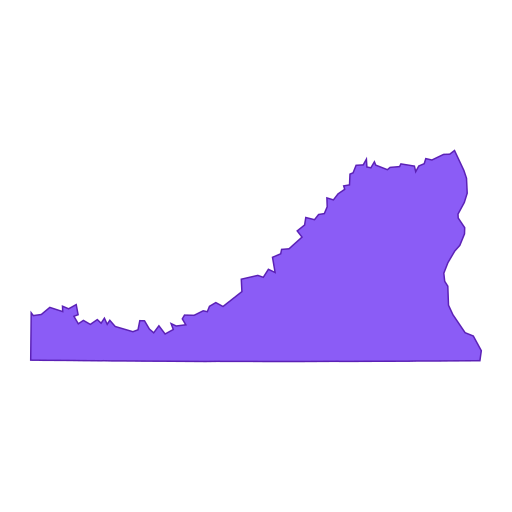 outline of Sioux, North Dakota, United States of America
{"feature_id": "52423323B40893510468024", "entity_name": "Sioux", "entity_type": "district", "adm_level": 2, "iso_a3": "USA", "parent_name": "United States of America", "parent_adm1": "North Dakota", "projection": "orthographic", "projection_center": [-101.23, 46.186], "detail": "fine", "context": "isolated", "style": "filled", "palette": "violet", "viewbox_px": 512, "rotation_deg": 0, "n_neighbors": 0, "source": "geoboundaries", "source_scale": "gbopen_adm2", "svg_char_len": 2015}
<svg xmlns="http://www.w3.org/2000/svg" viewBox="0 0 512 512"><path d="M30.7,360.1L32.7,360.2L33.5,360.2L38.2,360.2L43.2,360.3L64.5,360.4L74.8,360.5L80.8,360.6L92.4,360.7L93.7,360.7L100.9,360.8L101.2,360.8L101.5,360.8L103.2,360.7L111.9,360.9L113.9,360.9L118.3,360.9L126.4,360.9L126.8,361.0L133.7,361.0L142.5,361.1L162.6,361.2L164.1,361.2L205.6,361.5L219.5,361.3L220.4,361.4L222.1,361.4L231.6,361.4L237.8,361.4L245.6,361.4L250.4,361.4L264.7,361.5L270.9,361.5L278.3,361.5L279.3,361.5L280.7,361.5L283.1,361.5L288.3,361.5L289.4,361.5L300.2,361.5L301.8,361.5L338.3,361.3L339.5,361.4L343.2,361.4L350.9,361.4L351.9,361.4L365.6,361.3L402.0,361.2L404.3,361.2L407.8,361.2L416.8,361.0L437.9,361.0L444.9,360.9L479.9,360.7L481.3,350.7L473.3,336.0L465.1,332.7L452.9,314.7L448.5,305.2L447.8,286.2L444.7,281.3L443.8,273.2L447.9,262.7L454.8,251.0L459.8,245.4L464.5,233.9L464.7,227.7L458.2,218.0L458.0,214.1L464.3,202.5L467.2,193.2L466.5,178.3L463.9,170.5L454.5,150.5L449.7,154.2L443.6,154.4L431.9,160.0L425.8,158.6L424.2,163.7L418.8,166.0L415.7,171.7L414.4,166.1L400.9,163.9L399.6,166.6L390.1,167.4L387.4,169.7L375.7,165.1L374.4,161.8L370.9,167.8L366.9,167.0L366.4,159.2L363.2,164.9L356.1,165.3L353.1,172.8L350.0,174.1L349.5,184.9L343.7,185.9L344.7,189.3L338.1,193.8L333.4,199.9L326.9,197.9L327.2,206.8L324.3,213.6L318.6,214.5L314.5,219.7L305.8,217.5L304.6,225.0L297.2,230.9L302.0,237.1L289.0,248.8L281.6,249.4L280.7,253.8L272.5,257.3L275.1,272.5L268.4,269.3L263.3,277.3L257.8,275.4L241.3,279.2L241.9,291.6L223.0,306.5L215.8,302.6L209.5,306.3L207.3,311.7L203.2,310.8L194.1,315.3L184.5,315.1L182.3,318.9L185.8,324.8L176.2,326.0L171.1,323.6L173.3,329.5L165.1,334.0L158.9,325.8L153.7,332.8L149.4,329.1L144.5,320.8L139.8,320.7L138.0,329.8L132.9,331.7L115.2,326.5L109.8,320.3L107.2,324.3L104.4,318.2L101.1,323.2L97.3,319.6L90.3,324.4L83.4,320.4L78.3,323.8L73.9,316.3L78.1,314.7L76.2,304.6L68.6,308.8L62.5,306.2L62.7,311.6L49.8,307.4L41.3,314.5L33.3,315.6L31.2,312.8L30.7,360.1Z" fill="#8b5cf6" stroke="#5b21b6" stroke-width="1.5"/></svg>